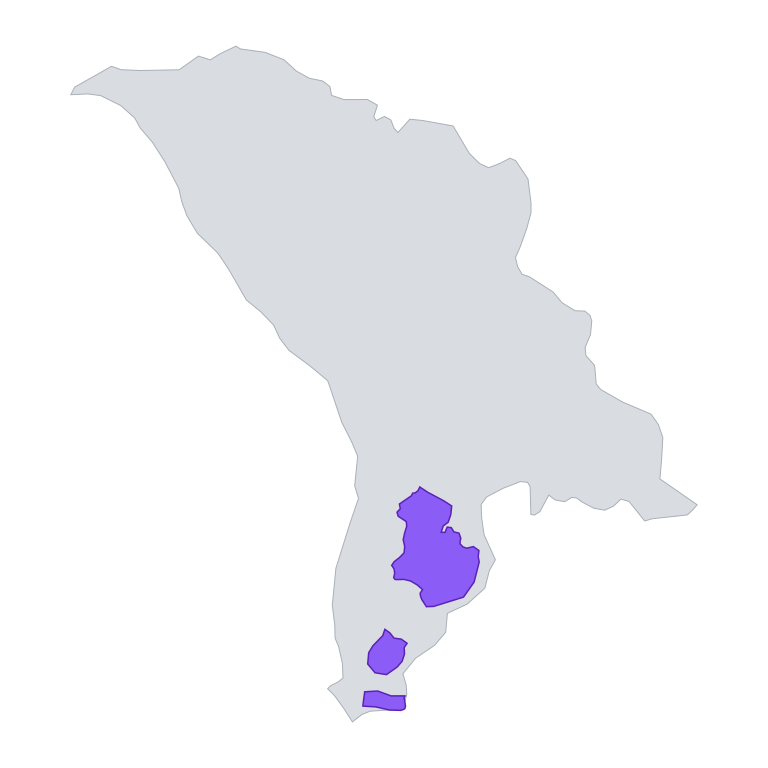 Moldova, with Comrat highlighted
{"feature_id": "MDA-1626", "entity_name": "Comrat", "entity_type": "Autonomous Territory", "adm_level": 1, "iso_a3": "MDA", "parent_name": "Moldova", "parent_adm1": "", "projection": "robinson", "projection_center": [28.549, 46.002], "detail": "fine", "context": "in_parent", "style": "filled", "palette": "violet", "viewbox_px": 768, "rotation_deg": 0, "n_neighbors": 0, "source": "natural_earth", "source_scale": "10m", "svg_char_len": 3024}
<svg xmlns="http://www.w3.org/2000/svg" viewBox="0 0 768 768"><path d="M70.8,94.7L74.7,87.1L111.5,66.3L121.0,69.7L140.1,70.5L179.1,69.8L198.4,56.1L210.3,59.9L220.0,53.8L236.1,46.1L238.4,47.7L240.4,48.9L265.3,52.4L284.0,59.8L296.5,71.2L309.4,78.3L322.7,81.0L330.0,86.7L331.5,95.4L344.0,99.6L367.4,99.5L377.4,105.2L373.8,116.7L376.2,120.5L384.5,116.5L390.8,119.9L394.2,128.5L397.9,132.5L409.9,119.2L422.6,120.5L453.1,126.0L469.5,153.7L479.7,163.6L488.6,167.7L499.9,163.4L509.9,158.2L515.6,160.6L528.0,179.0L531.0,203.0L531.0,212.7L526.6,229.0L520.4,246.3L515.5,257.6L517.6,266.7L522.1,274.3L529.4,276.8L553.2,292.1L562.1,302.8L575.0,310.7L584.9,311.1L590.0,315.5L591.8,320.9L590.5,334.6L585.1,347.4L585.9,355.6L594.6,365.4L595.6,376.7L596.2,384.0L600.8,389.6L622.7,402.1L651.1,414.2L658.4,424.6L662.8,437.6L661.6,459.7L659.9,478.9L697.2,504.8L693.0,509.6L687.3,514.9L651.9,518.8L644.7,521.0L629.1,501.5L621.0,499.1L613.4,506.2L604.6,510.2L593.8,508.2L582.3,502.2L576.5,497.9L571.8,497.4L564.7,501.7L555.1,499.9L548.8,495.1L539.9,511.6L534.4,515.1L530.9,514.5L530.1,486.5L527.5,482.3L520.3,481.6L503.1,488.3L486.7,496.9L481.1,504.5L481.7,518.4L484.1,534.8L495.4,559.8L489.3,570.7L484.9,588.1L467.3,604.0L447.4,613.3L445.7,632.3L434.6,645.3L415.6,658.2L402.9,673.8L406.1,684.6L406.8,694.7L404.7,701.6L404.2,706.9L399.2,709.3L370.1,711.2L361.9,714.5L352.4,721.9L343.4,707.8L334.3,695.4L327.6,688.8L330.5,685.7L337.8,682.2L343.0,678.0L342.4,663.3L338.6,646.4L335.1,638.2L334.8,625.3L332.3,605.3L335.9,568.3L350.5,521.6L358.5,498.5L354.7,485.8L357.7,456.2L351.5,441.5L341.8,422.4L327.8,380.8L310.4,366.3L289.0,350.4L279.8,338.4L273.7,325.2L261.0,312.0L246.4,300.0L229.0,269.8L220.0,256.2L217.2,252.5L197.3,233.2L186.9,215.7L181.7,201.4L178.7,188.1L164.9,161.8L152.3,142.1L140.3,128.1L134.8,118.1L120.8,105.6L100.7,95.6L87.7,93.9L70.8,94.7Z" fill="#d9dde1" stroke="#a8b0b8" stroke-width="1"/><path d="M419.8,487.0L427.8,492.3L444.1,501.0L451.7,506.0L450.8,514.5L448.2,522.2L443.2,526.0L441.2,532.3L445.0,532.4L447.2,527.1L451.3,527.6L453.9,531.9L459.0,533.1L460.8,538.3L460.2,540.9L460.0,543.7L462.8,546.8L466.5,548.2L473.4,546.6L478.9,550.5L478.2,556.6L479.2,562.0L474.1,582.1L463.5,597.1L433.7,606.4L426.4,606.7L421.8,599.5L420.6,596.5L420.1,593.3L422.5,589.6L417.2,584.9L410.6,581.0L403.9,579.4L397.0,579.6L394.9,579.4L393.7,577.6L394.7,573.2L394.1,569.0L391.7,565.4L394.2,561.6L399.4,557.6L404.1,552.8L404.7,546.4L403.2,539.7L404.7,532.8L406.7,526.4L406.3,521.6L398.2,516.3L397.0,512.2L400.3,508.7L399.4,504.0L411.5,495.7L412.6,493.2L415.1,492.9L418.0,490.7L419.8,487.0ZM386.5,674.6L375.1,672.8L367.7,664.0L368.7,652.7L373.0,645.7L382.7,635.7L384.9,629.3L389.9,632.9L394.0,638.1L401.2,639.1L407.1,643.3L404.2,647.6L404.5,654.1L402.1,661.3L397.2,667.0L386.5,674.6ZM405.0,696.1L404.0,697.7L404.0,698.3L404.4,698.7L405.5,706.3L404.7,708.9L400.9,710.4L389.3,710.0L375.8,706.9L362.9,706.1L363.1,703.7L364.7,691.8L377.7,691.0L391.0,695.9L404.6,695.9L404.9,696.1L405.0,696.1Z" fill="#8b5cf6" stroke="#5b21b6" stroke-width="1.5"/></svg>